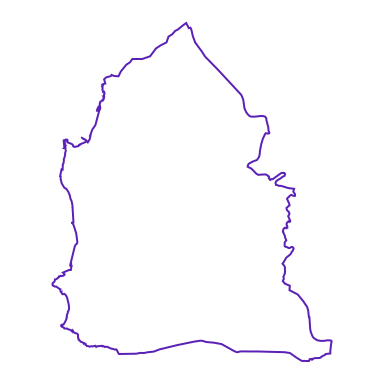 Kota Parepare, Sulawesi Selatan, Indonesia (orthographic projection)
{"feature_id": "22746128B37987509465042", "entity_name": "Kota Parepare", "entity_type": "district", "adm_level": 2, "iso_a3": "IDN", "parent_name": "Indonesia", "parent_adm1": "Sulawesi Selatan", "projection": "orthographic", "projection_center": [119.648, -4.02], "detail": "fine", "context": "isolated", "style": "outline", "palette": "violet", "viewbox_px": 384, "rotation_deg": 0, "n_neighbors": 0, "source": "geoboundaries", "source_scale": "gbopen_adm2", "svg_char_len": 5809}
<svg xmlns="http://www.w3.org/2000/svg" viewBox="0 0 384 384"><path d="M309.3,360.8L309.6,359.2L311.4,359.0L311.8,359.5L312.1,359.2L312.3,359.5L313.8,358.4L315.2,358.1L319.4,358.0L320.8,357.5L321.1,357.0L323.1,355.7L324.6,355.2L325.7,354.0L330.3,353.5L330.2,352.4L331.0,344.7L331.6,341.3L331.3,340.7L329.4,340.3L327.4,340.3L324.5,340.8L320.5,340.9L317.1,340.2L314.0,338.2L312.7,336.7L310.9,332.4L310.2,329.2L309.4,317.2L308.9,317.1L308.2,310.7L307.2,307.1L303.4,301.4L297.8,294.5L289.5,290.2L289.8,285.7L286.5,284.4L285.5,283.7L284.8,283.7L284.0,282.4L282.8,281.2L283.4,279.6L283.7,279.4L283.8,278.2L283.4,276.9L285.0,273.1L284.8,272.3L285.1,271.2L284.8,269.6L285.0,268.0L284.9,267.0L283.6,264.9L282.5,263.7L283.8,262.0L286.2,257.7L290.0,254.7L291.3,252.9L291.6,252.1L292.5,251.1L293.6,248.7L293.2,247.6L292.0,246.9L291.4,247.0L289.7,248.0L288.6,248.0L286.5,246.9L285.6,246.9L284.6,246.0L284.7,242.3L286.3,240.3L285.0,237.4L284.8,235.7L283.5,233.1L283.5,232.4L283.1,232.2L282.9,231.8L283.3,229.3L284.5,227.9L285.0,227.7L286.4,228.3L286.6,228.1L286.4,227.7L287.3,227.7L287.3,226.2L286.5,224.5L286.9,222.8L288.0,222.0L288.4,221.3L289.6,221.9L290.2,221.4L290.2,220.7L288.2,216.2L289.5,213.8L288.8,211.9L287.2,210.4L286.6,209.1L286.5,207.9L289.6,205.2L289.0,203.2L287.0,198.8L287.9,197.6L288.9,197.0L289.6,195.9L291.2,194.8L293.4,195.9L294.9,195.9L295.1,194.3L293.3,191.6L294.1,188.8L288.4,188.1L281.2,185.9L279.2,185.9L277.5,185.2L276.1,185.0L275.5,183.1L276.0,181.5L277.8,179.9L279.8,178.9L282.4,176.9L284.5,175.9L285.1,174.0L284.5,173.1L283.5,172.8L283.3,173.0L282.4,172.9L281.1,173.1L273.1,178.9L272.5,179.2L271.6,179.1L270.2,180.0L268.9,178.3L269.2,177.9L268.9,176.4L268.3,176.3L267.0,175.0L265.4,174.4L258.1,174.8L256.1,173.5L251.4,168.6L247.6,166.7L248.1,164.7L249.0,163.6L252.2,161.8L256.9,160.0L258.8,157.4L259.7,154.6L259.9,151.1L261.3,143.9L262.9,138.7L264.9,134.4L265.7,133.2L267.9,133.6L269.2,133.3L269.3,132.5L268.5,130.8L268.3,127.4L266.6,120.9L266.2,118.2L265.2,116.7L263.4,116.1L261.1,116.0L254.1,116.7L250.5,116.5L249.5,116.0L247.6,114.1L246.1,112.0L244.4,108.1L243.3,100.0L242.2,96.8L241.0,94.6L218.2,70.0L205.1,56.6L201.9,51.6L195.2,42.5L192.8,36.1L191.5,30.2L190.8,28.3L190.4,27.7L188.8,28.1L186.2,23.0L183.3,25.1L177.9,29.5L175.2,30.9L172.2,34.3L168.5,36.6L166.5,42.4L160.9,45.2L156.0,48.4L150.1,56.3L142.2,59.0L132.3,59.0L129.9,62.4L126.3,64.7L120.8,71.5L118.5,76.3L114.1,76.0L111.5,74.9L110.8,76.1L106.3,77.3L104.1,79.3L105.3,83.5L102.8,84.2L102.9,85.0L102.4,85.1L102.6,85.4L102.1,86.2L102.6,86.6L102.6,87.3L102.4,87.3L102.6,89.1L102.4,89.4L103.1,92.1L104.1,91.8L104.3,92.6L104.1,92.8L104.3,92.7L104.5,93.1L104.5,93.9L104.0,94.4L104.0,96.2L104.2,96.5L104.1,97.1L103.8,97.0L104.0,97.3L103.4,98.1L103.7,98.7L103.2,99.0L103.1,99.3L103.4,99.6L103.1,100.2L102.6,100.0L101.9,100.5L101.9,100.9L101.3,101.1L100.0,102.2L100.1,103.2L99.6,104.1L100.2,106.9L100.2,108.6L100.0,109.2L99.6,109.2L99.7,106.6L98.5,106.6L97.6,109.1L97.3,109.1L97.0,110.7L99.2,110.8L95.4,125.1L92.3,129.6L90.1,135.6L90.5,135.6L89.8,138.9L89.2,140.1L88.5,139.8L89.1,140.2L87.8,142.3L85.6,139.8L81.8,137.8L81.6,138.2L81.8,138.0L85.4,139.9L86.8,141.5L79.3,144.7L79.4,145.2L78.8,145.3L78.4,146.1L74.6,146.9L74.1,146.7L74.3,146.3L74.0,146.6L73.4,146.2L73.7,145.7L73.2,146.0L72.9,145.0L71.8,144.0L67.4,142.3L67.0,140.5L68.4,140.2L66.9,140.3L67.5,139.9L66.8,140.1L66.4,140.0L66.5,139.6L66.2,139.6L66.3,140.0L65.2,139.9L64.6,140.4L64.7,141.9L64.2,141.7L64.1,140.4L63.7,140.4L63.9,143.1L64.3,143.0L64.2,142.3L64.7,142.1L65.2,144.9L64.4,144.9L64.3,144.2L64.1,144.2L64.2,146.2L64.5,146.1L64.4,145.1L65.2,145.0L65.2,146.0L65.5,146.0L65.2,146.6L64.6,146.6L64.6,147.6L65.0,147.7L64.7,148.1L66.0,148.1L65.1,148.3L65.4,148.4L65.4,149.2L65.0,149.4L65.5,149.4L65.8,150.8L65.0,153.6L65.2,154.9L63.7,159.8L63.9,160.4L63.5,163.3L62.8,164.3L62.7,167.9L62.6,169.9L61.9,170.1L62.1,169.3L61.6,169.2L60.1,176.2L60.5,176.3L60.7,175.6L60.6,178.9L61.7,183.3L64.1,187.4L65.1,188.3L66.2,188.6L68.5,192.2L69.8,195.3L70.4,198.5L71.6,201.1L72.4,205.1L73.4,221.3L73.4,222.5L72.0,222.7L72.0,222.9L72.4,222.9L73.7,225.4L76.2,233.3L77.3,241.5L77.1,243.4L75.4,245.0L74.6,247.1L70.4,264.4L70.2,265.6L70.6,266.0L70.7,265.8L70.4,265.6L70.4,265.1L71.1,262.5L71.1,263.8L70.7,265.5L71.6,265.7L70.8,270.0L69.3,269.9L62.9,272.6L64.6,274.4L64.3,275.0L63.4,275.7L60.6,276.1L60.4,275.9L59.5,276.7L59.0,276.5L58.4,277.6L58.0,277.6L57.3,278.5L55.8,279.4L55.0,279.4L54.8,280.2L54.6,280.2L54.8,280.3L54.5,281.5L54.0,282.1L53.2,282.6L52.4,283.9L52.7,284.4L52.7,285.4L54.9,286.6L56.3,286.6L60.1,289.3L60.4,289.3L60.4,291.0L61.2,292.2L61.4,292.1L61.3,292.5L62.5,294.2L62.9,294.3L64.2,293.8L65.8,295.1L67.1,297.6L68.6,303.9L69.1,307.3L69.0,308.8L68.7,310.4L67.8,311.7L67.8,313.1L66.8,315.0L66.9,316.7L66.6,317.3L66.8,317.7L66.5,318.1L66.5,318.9L65.1,321.9L63.7,324.3L63.5,324.6L62.0,324.6L61.3,325.1L61.1,325.9L62.1,326.3L62.0,326.8L63.8,327.6L64.4,328.5L67.0,328.5L68.1,329.3L70.1,329.8L71.6,331.0L71.7,330.4L72.1,330.5L72.5,331.3L72.8,330.6L73.7,332.2L75.4,333.2L77.4,333.7L78.0,334.8L78.0,337.1L78.3,337.8L78.2,338.4L78.8,339.3L78.6,339.8L80.4,341.1L80.5,341.6L81.2,342.0L83.1,342.6L83.5,343.2L83.9,343.2L83.9,343.6L84.6,343.3L85.5,343.8L85.7,344.2L85.5,344.5L85.6,345.0L86.1,345.1L86.9,346.0L88.2,346.1L89.8,346.7L91.3,346.2L93.0,346.4L95.2,345.7L95.8,346.1L96.2,346.9L97.4,346.3L102.1,345.8L102.5,346.4L103.2,346.1L104.0,346.4L104.8,347.0L106.4,346.7L107.4,346.9L111.1,348.6L112.5,348.8L114.8,349.6L116.4,349.4L118.8,353.9L119.1,354.0L136.2,353.7L140.3,352.9L144.1,353.0L147.9,352.2L153.8,351.6L159.5,349.4L177.7,345.0L194.3,341.6L199.6,340.8L202.0,340.7L206.2,342.0L214.0,342.7L221.6,344.1L234.2,351.1L236.6,352.1L237.7,352.1L240.5,351.4L258.8,351.5L284.6,352.2L289.9,353.0L296.1,357.4L301.8,360.9L308.7,361.0L309.3,360.8Z" fill="none" stroke="#5b21b6" stroke-width="2"/></svg>